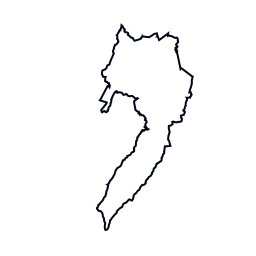 the district of Soacha, Cundinamarca, Colombia, rotated 23°
{"feature_id": "7082276B50901736205159", "entity_name": "Soacha", "entity_type": "district", "adm_level": 2, "iso_a3": "COL", "parent_name": "Colombia", "parent_adm1": "Cundinamarca", "projection": "natural_earth1", "projection_center": [-74.221, 4.507], "detail": "fine", "context": "isolated", "style": "outline", "palette": "ink", "viewbox_px": 256, "rotation_deg": 23, "n_neighbors": 0, "source": "geoboundaries", "source_scale": "gbopen_adm2", "svg_char_len": 5832}
<svg xmlns="http://www.w3.org/2000/svg" viewBox="0 0 256 256"><g transform="rotate(23 128 128)"><path d="M105.4,37.6L105.6,38.3L104.8,39.6L104.9,40.0L105.1,40.4L104.8,41.0L102.4,43.2L100.0,45.1L99.0,44.7L97.0,43.2L95.4,43.6L93.8,42.8L91.7,42.4L91.4,42.1L91.5,41.6L91.3,40.9L90.6,40.4L88.6,40.6L87.9,40.8L87.1,40.6L86.6,39.9L86.8,39.0L86.6,38.6L86.2,38.3L85.4,38.2L84.6,37.7L83.4,36.5L81.9,36.0L82.2,36.9L82.7,39.5L82.1,41.3L82.6,41.3L82.2,42.2L81.4,47.1L82.2,47.4L82.9,49.2L83.1,50.2L84.2,50.7L84.9,51.8L85.3,52.0L85.4,52.5L85.3,53.5L84.3,56.1L83.6,56.6L83.8,57.8L83.5,59.0L83.6,59.4L84.0,60.0L84.0,62.1L84.3,63.4L84.7,64.1L85.5,64.5L85.8,65.2L85.7,72.1L85.8,74.8L86.1,76.9L84.7,78.1L84.6,80.0L84.7,81.6L83.8,83.3L82.1,84.8L82.0,85.1L82.1,85.8L82.4,87.1L83.0,88.8L83.6,89.2L83.8,89.2L84.8,90.4L85.4,90.6L86.8,89.9L87.5,89.8L87.5,90.5L88.5,93.7L88.9,93.7L89.6,94.1L90.1,93.7L90.3,93.7L91.2,93.9L91.5,94.4L91.7,94.5L93.0,94.2L93.6,95.1L94.0,95.3L94.0,95.9L94.2,96.4L94.4,96.5L94.7,96.4L95.0,97.8L93.9,97.2L93.6,96.5L92.9,97.1L92.3,102.8L92.2,104.9L91.8,108.9L91.7,111.4L91.3,113.5L98.5,112.8L98.6,113.8L97.5,117.9L96.3,121.9L97.7,123.7L98.0,123.7L98.4,122.8L98.8,122.6L99.5,121.7L100.4,121.9L100.8,121.7L101.4,122.0L101.8,122.0L102.3,121.3L102.2,120.8L102.8,120.4L102.7,119.8L102.8,119.3L102.5,118.8L102.5,117.8L102.2,117.3L102.2,116.9L102.3,115.9L102.9,114.5L102.9,114.0L102.4,112.5L102.4,111.1L102.2,109.8L101.3,108.2L101.7,107.4L101.4,106.2L101.7,101.3L102.0,100.2L102.7,99.3L102.8,98.9L103.6,99.2L103.8,99.4L103.6,99.5L103.5,99.8L103.9,99.8L104.4,99.5L104.2,99.0L105.0,99.3L105.4,98.8L106.0,98.5L108.4,98.0L109.1,98.2L110.6,99.2L111.1,99.1L111.9,98.7L112.8,97.6L113.2,97.4L113.8,97.5L115.3,98.3L116.4,98.3L117.3,98.1L118.4,97.2L119.5,96.9L121.1,97.2L122.9,97.9L123.5,98.0L124.1,97.7L125.1,96.8L125.5,96.9L123.5,100.2L123.2,101.0L123.2,101.4L128.0,108.7L128.8,108.6L129.6,109.0L130.6,109.0L131.4,109.6L132.0,110.3L132.0,110.5L133.0,110.6L133.6,111.0L133.6,110.8L133.1,110.5L132.9,109.8L134.1,110.7L134.9,110.4L135.6,110.8L136.0,110.8L137.3,110.4L139.1,111.3L140.8,112.6L140.8,112.8L140.3,113.5L140.4,114.0L142.1,114.3L142.9,115.5L142.8,116.3L142.5,116.7L142.6,118.2L142.7,118.6L143.5,119.3L142.8,120.6L144.1,121.0L144.3,120.9L144.6,120.5L145.4,120.6L146.0,121.2L147.2,121.2L147.0,121.6L146.4,122.1L144.9,122.2L144.1,123.2L144.0,123.8L143.7,124.3L142.5,124.0L142.2,124.1L142.0,124.4L142.1,125.0L142.3,125.5L141.8,125.8L141.8,126.8L141.6,127.0L141.6,128.0L140.7,130.8L140.9,132.0L140.2,133.1L140.8,134.4L140.9,135.3L141.0,136.2L140.6,136.9L141.0,137.9L141.3,139.1L142.0,140.8L142.0,141.7L141.5,142.5L141.4,143.8L141.2,144.1L141.8,145.0L142.2,145.4L142.3,145.9L142.2,146.2L142.7,147.0L142.1,148.1L141.5,148.4L140.9,149.5L140.7,151.5L140.3,152.2L139.0,153.4L138.7,154.1L138.4,154.1L138.7,155.3L137.5,156.6L137.3,157.6L137.4,158.4L135.9,159.8L135.9,160.2L136.1,161.0L136.0,162.1L136.2,164.4L136.1,165.2L135.6,166.8L133.9,168.9L133.2,171.8L133.7,175.9L133.4,177.8L133.4,179.2L133.1,180.6L132.0,184.1L132.1,185.2L131.8,187.2L131.2,188.0L131.5,188.0L132.0,188.3L132.4,189.4L132.5,190.9L132.9,191.9L132.9,194.2L133.0,195.7L133.5,196.6L133.4,197.7L133.9,199.2L133.0,201.8L133.1,203.2L132.9,204.9L131.7,208.2L131.6,209.3L131.5,209.6L130.7,210.4L131.0,211.1L131.2,212.1L131.2,212.4L130.6,213.6L131.1,214.6L132.2,214.8L133.0,215.7L133.6,215.7L135.4,215.3L136.2,215.6L137.9,216.6L139.5,219.3L140.4,219.9L141.5,221.1L142.7,223.3L144.1,224.3L145.1,227.8L146.0,229.5L146.8,230.6L147.5,230.6L148.6,229.3L148.8,227.8L148.7,226.1L148.5,225.3L148.2,224.4L148.2,222.0L147.6,220.1L148.0,219.4L148.3,217.4L149.7,212.6L150.3,211.7L150.7,210.5L150.7,210.1L150.2,209.0L151.9,205.0L153.4,203.1L153.4,199.9L153.9,198.9L155.5,197.3L156.8,193.6L157.3,193.1L159.6,193.4L160.1,193.1L160.3,191.0L159.7,188.0L159.7,186.8L160.8,185.0L161.6,181.9L162.5,180.3L162.6,179.3L162.5,178.0L162.8,176.5L163.3,175.4L163.3,174.9L164.2,174.5L165.1,173.8L165.9,172.2L165.9,171.8L165.2,170.8L165.3,169.0L165.6,167.8L166.1,166.9L166.2,165.2L167.4,163.6L168.0,160.9L167.9,160.4L167.5,159.9L168.0,158.4L168.1,157.2L167.6,155.9L167.9,154.3L168.6,153.7L168.5,153.3L168.5,151.5L168.3,150.3L168.6,150.1L168.6,149.6L168.9,148.9L169.0,148.6L169.4,148.5L169.9,147.9L170.6,146.4L171.3,145.8L171.5,144.8L171.3,143.9L170.8,143.0L170.8,142.3L170.6,142.1L170.9,141.2L170.6,138.8L170.9,138.5L170.8,137.9L171.0,137.4L171.0,136.8L170.7,135.8L170.4,135.6L170.3,134.6L169.1,130.6L174.0,127.9L170.7,123.6L170.0,123.3L169.3,122.8L168.2,119.1L168.2,118.1L168.0,117.2L168.0,115.6L165.5,112.1L164.8,110.1L166.2,109.2L167.6,107.0L166.4,105.2L166.9,104.5L170.0,104.1L171.9,102.9L172.4,102.4L173.0,102.2L174.6,101.0L174.6,100.6L174.4,99.4L173.8,98.1L172.7,97.8L172.4,96.1L172.0,95.8L174.2,94.1L174.2,92.1L174.1,91.1L173.9,90.7L173.1,90.7L172.9,90.5L172.1,90.4L172.0,90.1L172.6,88.5L172.5,87.5L172.2,86.7L172.2,85.6L172.4,85.1L172.4,84.7L171.8,83.8L171.6,83.1L171.6,82.6L171.3,81.8L171.3,79.2L171.1,79.1L171.0,77.8L170.8,77.5L170.3,77.2L171.8,76.6L172.5,75.9L172.6,75.7L173.2,75.7L173.5,72.6L173.0,72.6L172.9,71.9L171.7,70.6L170.6,71.3L170.0,68.0L170.1,67.9L170.1,67.6L169.6,63.0L169.4,62.4L169.2,62.3L169.2,61.6L168.7,60.4L168.2,59.5L167.5,55.6L167.3,55.7L167.2,55.5L153.4,52.0L153.2,53.0L145.0,41.2L144.1,40.0L143.9,40.0L143.5,39.7L143.3,39.2L143.3,38.1L143.1,38.1L142.4,38.6L142.2,37.4L141.4,37.7L141.0,37.5L141.0,37.1L141.7,36.7L141.4,36.2L140.5,35.9L140.4,35.7L140.7,35.4L141.5,35.5L141.8,33.9L141.5,33.4L140.5,33.3L139.8,32.7L139.7,32.2L139.7,31.6L140.5,29.9L140.4,28.8L139.9,28.5L139.0,26.6L138.0,25.7L137.7,25.7L137.0,26.2L135.9,26.7L132.3,26.4L130.7,26.8L129.6,26.8L129.1,27.1L128.8,27.6L128.1,26.8L127.9,25.4L122.3,34.9L119.5,32.0L119.0,32.3L119.1,31.7L118.9,31.4L117.6,29.6L116.9,30.2L115.4,31.1L114.1,33.3L111.9,36.2L106.3,37.9L105.4,37.6Z" fill="none" stroke="#020617" stroke-width="2"/></g></svg>